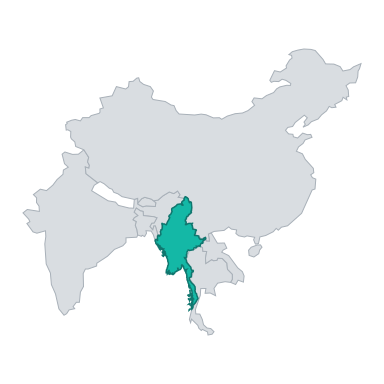 Myanmar highlighted among its neighbors
{"feature_id": "MMR", "entity_name": "Myanmar", "entity_type": "country or territory", "adm_level": 0, "iso_a3": "MMR", "parent_name": "Asia", "parent_adm1": "", "projection": "albers", "projection_center": [96.922, 19.196], "detail": "fine", "context": "with_neighbors", "style": "filled", "palette": "teal", "viewbox_px": 384, "rotation_deg": 0, "n_neighbors": 6, "source": "natural_earth", "source_scale": "50m", "svg_char_len": 11946}
<svg xmlns="http://www.w3.org/2000/svg" viewBox="0 0 384 384"><path d="M230.7,282.4L225.1,281.7L217.6,283.2L214.0,288.4L215.6,295.7L210.2,293.0L205.1,293.3L205.9,288.5L200.7,288.6L200.3,295.3L195.4,309.6L195.8,313.9L199.8,314.1L202.3,319.5L203.5,324.7L207.0,328.0L210.8,328.6L214.0,331.7L212.1,334.2L208.0,335.0L207.5,331.9L202.4,329.4L201.3,330.5L198.9,328.3L197.8,325.3L191.5,319.1L190.6,322.7L189.4,319.4L191.7,309.8L197.8,297.9L195.4,292.4L194.7,286.1L189.3,278.3L191.3,277.2L193.4,271.8L184.5,258.0L186.9,256.9L189.5,250.3L193.5,250.0L200.0,245.8L202.5,247.6L202.9,251.3L206.7,251.5L205.5,258.0L205.8,263.5L211.7,259.6L213.5,260.7L216.8,260.4L217.9,258.2L222.3,258.5L226.9,263.2L227.5,269.3L232.4,274.3L232.4,279.5L230.7,282.4Z" fill="#d9dde1" stroke="#a8b0b8" stroke-width="1"/><path d="M243.4,282.1L238.1,280.2L235.6,284.5L230.7,282.4L232.4,279.5L232.4,274.3L227.5,269.3L226.9,263.2L222.3,258.5L217.9,258.2L216.8,260.4L213.5,260.7L211.7,259.6L205.8,263.5L205.5,258.0L206.7,251.5L202.9,251.3L202.5,247.6L200.0,245.8L201.2,243.5L205.9,239.5L206.4,240.9L209.4,241.0L208.4,234.0L211.3,233.0L217.4,243.2L224.4,243.0L226.8,248.2L223.2,250.0L221.7,252.2L228.7,255.6L237.7,267.8L242.4,271.7L244.1,276.0L243.4,282.1Z" fill="#d9dde1" stroke="#a8b0b8" stroke-width="1"/><path d="M184.1,198.2L184.5,200.5L182.6,201.6L183.1,205.4L179.2,204.3L172.1,208.4L172.2,211.9L169.1,216.9L168.8,219.9L166.3,224.9L162.0,223.4L161.6,229.7L160.3,231.8L160.9,234.4L158.1,235.8L155.4,226.0L153.8,226.0L152.8,229.9L149.9,226.6L151.7,223.2L154.2,222.9L156.9,217.8L153.7,216.7L143.4,215.6L143.1,211.4L140.5,210.9L136.3,208.1L134.2,212.1L138.0,215.6L134.4,217.7L133.1,219.8L136.4,221.6L135.3,225.2L137.0,229.9L137.7,235.0L136.8,237.2L126.0,237.8L126.0,242.4L122.8,245.8L114.4,249.4L107.5,256.2L96.8,263.2L96.6,266.0L88.1,269.0L85.4,269.0L83.2,273.5L83.5,286.5L80.4,292.1L79.4,302.3L76.3,302.3L73.1,306.6L74.7,308.7L69.1,309.9L66.6,313.7L64.0,315.2L58.9,308.9L55.5,293.9L51.4,284.6L50.4,273.0L46.2,264.0L44.8,243.9L45.8,236.6L45.5,230.8L36.9,233.2L33.0,231.9L26.9,223.5L29.9,221.7L28.7,219.1L23.0,212.9L27.3,209.5L39.4,211.4L39.0,206.1L36.5,202.5L36.6,197.8L33.4,194.6L40.3,189.2L46.5,190.6L52.9,185.1L57.1,179.5L63.0,174.3L63.4,170.0L68.3,167.2L64.5,163.7L62.1,154.2L64.9,152.0L72.5,154.4L78.4,154.2L83.9,149.8L88.7,157.3L87.6,162.0L89.4,165.2L88.9,168.2L85.3,167.0L86.0,173.7L97.8,182.9L94.2,185.3L91.6,190.7L108.1,200.8L115.5,202.1L118.4,205.4L129.0,208.0L133.6,208.2L134.3,199.4L137.7,198.3L138.0,204.2L142.8,206.8L146.3,205.9L155.3,206.5L155.8,202.8L153.6,200.8L158.0,200.1L163.0,195.8L169.3,192.0L173.8,193.6L177.6,191.0L180.1,194.8L178.3,197.3L184.1,198.2Z" fill="#d9dde1" stroke="#a8b0b8" stroke-width="1"/><path d="M158.1,235.8L157.8,240.1L155.9,239.2L156.1,244.1L153.4,234.8L151.2,231.1L146.0,230.7L146.5,233.3L144.6,236.6L142.2,235.3L141.4,236.3L137.7,235.0L137.0,229.9L135.3,225.2L136.4,221.6L133.1,219.8L134.4,217.7L138.0,215.6L134.2,212.1L136.3,208.1L140.5,210.9L143.1,211.4L143.4,215.6L153.7,216.7L156.9,217.8L154.2,222.9L151.7,223.2L149.9,226.6L152.8,229.9L153.8,226.0L155.4,226.0L158.1,235.8Z" fill="#d9dde1" stroke="#a8b0b8" stroke-width="1"/><path d="M151.3,199.1L155.8,202.8L155.3,206.5L146.3,205.9L142.8,206.8L138.0,204.2L137.9,203.0L141.7,198.7L144.7,197.3L151.3,199.1Z" fill="#d9dde1" stroke="#a8b0b8" stroke-width="1"/><path d="M253.9,257.0L249.1,255.4L248.6,250.2L251.2,247.2L257.3,245.0L260.5,244.9L262.0,247.2L259.7,250.0L258.7,253.7L253.9,257.0ZM100.0,112.2L99.9,109.0L103.4,107.9L99.9,98.0L112.2,95.8L116.4,86.6L125.7,89.0L128.5,86.8L129.1,81.6L133.1,81.3L136.8,78.1L138.7,77.8L139.8,81.5L143.6,84.4L150.3,86.6L153.4,91.0L151.4,97.1L153.0,99.5L165.2,101.5L171.0,105.0L174.0,105.6L176.2,110.7L179.1,114.0L194.7,115.0L201.2,114.1L206.1,114.8L213.4,117.9L219.4,117.7L221.7,119.3L227.3,116.1L235.1,113.7L242.5,113.0L248.0,110.6L254.6,105.3L251.9,101.6L254.1,97.9L262.0,98.8L266.5,95.5L273.6,92.6L276.7,88.8L279.9,86.9L286.7,85.3L290.5,85.4L290.8,83.5L286.0,80.4L282.1,79.2L278.7,81.6L273.9,81.3L271.3,82.3L269.8,80.3L274.5,70.7L280.3,72.0L286.5,68.0L286.1,65.8L289.6,60.0L292.0,58.1L291.6,55.4L288.9,54.6L292.3,51.7L297.9,50.1L303.9,49.0L310.9,49.4L315.2,50.5L323.0,59.4L325.6,63.9L333.9,64.1L340.1,66.6L342.9,71.0L350.0,69.6L353.6,66.8L361.0,63.6L359.5,68.7L358.1,71.0L357.7,77.0L355.6,82.8L349.7,83.0L346.0,85.7L348.2,90.0L348.7,96.5L346.3,97.1L346.9,99.9L343.1,97.3L341.8,100.7L334.7,104.4L336.0,107.2L331.8,107.7L329.2,106.4L326.5,110.9L321.6,114.8L318.1,119.0L311.4,121.7L308.2,124.9L303.0,127.2L305.3,124.2L304.0,122.1L307.3,117.8L304.3,115.2L295.2,122.5L292.6,126.5L287.8,127.4L285.5,130.3L288.6,133.9L292.9,134.3L293.4,136.8L297.6,138.0L302.7,133.1L307.4,134.7L310.7,134.4L312.0,137.3L305.1,139.9L303.1,143.4L298.5,146.9L296.4,151.3L302.4,153.8L305.2,159.3L313.3,168.3L313.8,172.7L310.7,174.8L312.4,177.7L315.8,179.1L315.0,189.0L312.1,190.0L301.6,213.3L287.6,225.8L281.4,227.2L278.3,230.2L276.2,228.4L273.3,231.7L265.7,235.5L259.9,236.9L258.5,243.5L255.4,244.1L253.6,239.8L254.7,237.3L247.0,235.9L244.5,237.0L238.7,235.8L235.9,233.5L236.6,229.9L231.4,229.1L228.7,226.9L224.1,230.4L214.2,231.4L208.4,234.0L209.4,241.0L206.4,240.9L205.6,236.9L201.6,238.8L194.9,235.5L196.5,230.4L192.9,229.3L191.5,223.7L185.7,224.7L186.3,217.5L191.5,212.4L191.4,202.7L189.1,201.3L187.2,197.8L184.1,198.2L178.3,197.3L180.1,194.8L177.6,191.0L173.8,193.6L169.3,192.0L163.0,195.8L158.0,200.1L153.6,200.8L151.3,199.1L144.7,197.3L141.7,198.7L137.9,203.0L137.7,198.3L134.3,199.4L122.1,196.7L117.9,193.8L113.8,192.3L112.2,189.3L109.3,188.2L104.2,183.8L100.1,181.6L97.8,182.9L86.0,173.7L85.3,167.0L88.9,168.2L89.4,165.2L87.6,162.0L88.7,157.3L83.9,149.8L75.7,146.5L74.8,141.9L71.3,138.8L70.6,137.0L70.8,131.5L67.9,129.8L66.2,130.1L65.6,124.7L67.2,123.6L66.7,122.2L71.7,120.2L75.3,119.5L80.4,120.9L82.7,117.6L89.1,117.6L91.1,115.6L99.2,113.3L100.0,112.2Z" fill="#d9dde1" stroke="#a8b0b8" stroke-width="1"/><path d="M200.0,246.4L199.1,245.8L198.7,245.8L197.8,246.4L196.3,246.2L196.5,247.3L196.4,247.5L195.6,247.9L194.8,247.7L194.1,247.8L193.8,248.2L193.6,249.3L193.2,249.8L192.4,249.9L190.1,250.4L189.4,250.4L188.7,250.0L188.1,250.0L188.0,250.6L187.0,251.8L186.9,253.8L186.4,254.7L186.4,255.0L186.6,257.1L185.3,257.7L184.5,257.6L184.9,258.6L185.4,258.9L186.0,259.0L185.9,259.2L186.6,261.1L186.4,262.0L189.6,265.9L190.7,267.0L190.9,267.5L190.9,268.5L192.0,270.9L192.2,271.1L193.0,270.4L193.3,270.8L193.2,271.5L192.9,271.8L191.6,272.6L191.4,274.3L191.4,276.8L190.8,276.9L189.3,277.8L189.4,279.2L189.7,280.2L191.6,282.9L193.7,284.8L195.0,286.8L195.2,289.8L194.8,290.5L194.9,291.0L195.2,291.4L195.5,292.8L196.6,293.9L196.6,294.4L197.0,296.1L197.4,296.7L198.0,298.5L197.7,299.1L197.2,299.6L195.5,302.7L192.9,305.4L193.0,306.8L192.6,308.2L192.4,308.3L191.8,309.2L191.4,308.3L191.5,307.3L191.2,305.3L191.6,304.9L192.4,303.4L192.4,302.5L192.8,301.9L192.8,299.8L193.1,299.3L193.6,299.0L193.1,298.6L192.5,299.0L192.1,298.9L192.2,297.8L192.4,297.5L192.3,296.5L192.5,295.9L191.9,295.8L192.0,295.5L192.3,295.2L192.0,294.6L192.2,294.0L192.2,293.3L191.7,290.2L191.2,289.4L190.8,288.3L189.7,286.8L189.7,285.5L189.4,285.3L189.1,287.3L188.9,286.9L188.7,285.2L188.8,284.2L188.2,283.1L187.7,281.2L187.8,280.9L188.3,281.2L187.8,280.5L187.5,280.7L187.1,279.9L187.0,277.9L186.7,277.2L186.9,276.4L186.5,273.7L185.8,272.8L186.1,271.4L186.0,270.2L186.6,269.5L185.9,269.7L184.5,269.8L184.3,268.9L183.9,268.4L183.6,267.5L183.4,266.5L183.5,266.3L181.5,264.4L181.8,265.0L181.5,265.6L181.8,266.7L181.0,268.6L180.2,269.5L179.1,269.9L178.7,269.8L178.2,269.3L178.0,268.3L177.7,268.3L177.9,269.5L178.4,270.3L177.3,270.9L176.8,270.9L176.6,271.4L175.2,271.9L174.7,273.1L173.9,273.9L173.0,274.6L172.5,274.4L172.5,273.7L172.8,273.0L172.7,272.3L172.7,272.7L171.7,274.0L170.4,274.0L170.1,273.0L170.1,271.8L169.8,272.7L169.5,273.1L168.7,273.5L168.7,272.5L169.1,270.5L169.0,269.8L168.8,270.8L168.3,271.1L167.5,272.3L166.6,272.8L166.2,272.8L166.2,272.1L166.5,269.7L167.0,269.0L167.3,267.6L167.6,267.0L167.7,265.9L168.3,264.9L168.4,263.3L168.3,262.5L167.9,261.7L167.6,259.4L166.7,257.5L166.6,256.9L166.2,256.2L166.6,256.1L165.7,255.4L165.6,255.2L165.5,252.7L165.2,253.4L164.9,253.6L165.0,254.5L164.8,255.1L163.5,254.3L162.3,252.2L162.8,252.0L163.7,252.8L164.2,253.0L165.0,252.5L165.2,251.8L164.3,251.2L164.0,250.8L163.8,250.2L163.1,249.7L163.6,248.9L162.9,248.9L162.0,248.1L161.1,247.9L160.5,248.0L160.7,248.9L160.7,249.2L160.3,249.2L159.6,247.8L160.2,247.2L159.7,247.1L160.1,246.0L159.9,245.8L159.6,246.5L159.0,247.3L158.5,247.0L159.1,246.2L158.8,245.7L158.2,244.8L158.2,245.5L158.1,246.4L157.5,245.4L156.2,243.8L155.9,243.3L155.6,241.7L155.3,241.4L155.2,240.3L155.8,239.5L156.1,239.4L157.2,240.1L157.4,240.5L157.5,240.5L157.7,240.2L157.5,239.3L157.5,236.1L157.8,235.9L158.2,235.2L158.6,235.4L159.1,236.0L159.4,236.1L159.7,236.0L160.2,234.9L160.8,234.7L160.9,233.9L160.4,231.7L160.9,230.5L161.0,229.8L161.8,229.8L162.0,229.5L162.3,227.9L162.4,225.8L161.9,223.8L162.0,223.5L162.1,223.4L162.9,224.1L164.0,223.9L166.1,224.7L166.4,224.7L167.4,222.0L169.0,219.3L169.7,217.6L169.5,217.1L168.9,216.6L169.0,216.0L169.5,215.1L170.2,214.8L171.1,213.7L171.3,213.3L171.5,212.4L172.1,211.6L171.8,210.7L171.7,209.8L171.7,209.0L172.1,208.3L174.0,207.3L176.4,205.6L177.2,204.5L177.9,204.3L180.9,203.9L181.2,204.1L181.7,204.8L182.1,205.1L182.5,205.2L182.9,205.2L182.9,204.9L181.8,203.2L181.7,202.3L182.1,201.6L183.5,200.5L184.1,200.2L184.2,199.6L184.0,199.3L184.1,198.5L185.2,196.7L185.9,196.8L186.5,197.6L187.1,197.6L188.3,198.9L188.4,200.0L189.4,202.5L189.6,202.6L189.9,202.0L190.2,201.8L191.3,202.3L191.8,207.6L191.5,210.1L191.5,210.7L191.4,211.0L190.9,211.2L190.9,211.4L191.4,212.4L191.4,212.7L191.2,212.9L190.4,213.2L189.6,214.4L189.4,214.5L188.8,214.4L188.6,214.5L188.4,215.5L187.9,216.2L187.4,216.6L186.8,216.5L186.3,217.8L186.4,218.8L185.5,219.4L185.3,220.2L185.3,221.1L186.0,221.8L186.2,222.7L186.2,223.3L185.5,224.2L185.5,224.6L186.1,224.7L188.0,223.7L189.0,223.4L190.6,223.4L191.1,223.6L192.5,223.3L192.5,223.5L191.8,224.3L191.6,224.6L191.7,225.0L192.3,225.6L192.5,226.3L192.3,227.0L192.8,227.8L192.7,229.0L193.8,229.3L195.8,229.7L196.1,229.8L196.3,230.3L195.6,231.2L195.4,232.0L195.4,233.2L194.7,234.5L194.5,235.0L194.6,235.4L196.9,235.6L198.7,236.0L198.9,236.2L198.8,237.2L198.9,237.6L199.1,238.0L199.7,238.2L199.7,238.8L199.9,239.1L200.4,239.4L201.2,239.2L202.2,239.4L202.6,239.3L203.0,239.1L203.9,238.2L205.3,237.5L205.5,237.6L205.7,238.6L205.3,239.3L204.5,239.9L203.9,240.2L203.5,240.3L202.7,241.8L202.3,242.2L202.2,242.7L202.4,242.9L202.8,243.0L202.5,243.3L201.6,243.3L201.1,243.5L200.7,243.9L200.4,244.8L200.0,246.4ZM163.6,251.1L164.9,251.9L164.7,252.5L164.2,252.7L163.8,252.5L163.7,251.9L163.2,251.4L163.6,251.1ZM190.8,293.7L191.1,293.8L191.0,294.4L190.6,295.1L190.2,295.3L190.3,294.2L190.1,293.6L190.1,293.2L190.7,293.4L190.8,293.7ZM163.4,256.4L162.7,255.9L162.3,255.3L163.0,255.1L163.7,255.3L163.6,256.2L163.4,256.4ZM191.6,298.8L191.5,300.1L190.9,299.9L190.6,298.6L191.5,298.5L191.6,298.8ZM167.7,273.2L167.3,273.8L167.2,272.9L168.4,271.6L168.5,272.0L168.2,272.8L167.7,273.2ZM185.7,271.4L185.5,271.5L185.1,271.1L185.1,270.2L185.5,269.9L185.7,270.0L185.8,270.3L185.7,271.4ZM190.0,299.8L189.6,300.6L189.5,299.9L190.1,298.6L190.0,299.8ZM189.6,303.7L190.1,304.7L190.0,304.9L189.3,304.0L188.8,304.1L189.4,303.5L189.6,303.7ZM192.0,297.5L191.2,297.9L191.1,296.8L191.5,297.3L192.0,297.5ZM190.1,309.4L189.1,310.2L189.2,309.6L189.7,309.1L190.2,309.1L190.1,309.4ZM159.4,248.0L159.7,249.3L159.5,249.1L159.1,248.3L159.2,247.7L159.4,248.0ZM190.1,290.6L190.1,291.6L189.8,291.1L189.8,290.0L190.1,290.6ZM162.4,249.0L162.5,249.8L162.1,249.5L162.0,248.6L162.4,249.0ZM189.1,296.4L188.8,296.3L188.5,295.9L188.7,295.5L189.0,295.6L189.1,296.4ZM188.7,294.9L188.3,295.6L187.9,295.2L188.2,294.9L188.7,294.9ZM188.8,298.9L188.8,299.5L188.5,299.2L188.4,298.2L188.8,298.9ZM169.8,273.6L169.4,274.2L169.1,274.0L169.7,273.3L169.8,273.6ZM191.6,303.6L191.2,303.5L191.5,302.8L191.6,303.6Z" fill="#14b8a6" stroke="#0f766e" stroke-width="1.5"/></svg>